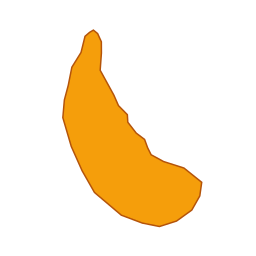 PiisEmwar, Federated States of Micronesia (Natural Earth projection), rotated 79°
{"feature_id": "79324940B93470645424245", "entity_name": "PiisEmwar", "entity_type": "district", "adm_level": 2, "iso_a3": "FSM", "parent_name": "Federated States of Micronesia", "parent_adm1": "", "projection": "natural_earth1", "projection_center": [152.701, 6.836], "detail": "fine", "context": "isolated", "style": "filled", "palette": "amber", "viewbox_px": 256, "rotation_deg": 79, "n_neighbors": 0, "source": "geoboundaries", "source_scale": "gbopen_adm2", "svg_char_len": 548}
<svg xmlns="http://www.w3.org/2000/svg" viewBox="0 0 256 256"><g transform="rotate(79 128 128)"><path d="M151.2,112.5L142.4,113.9L134.6,120.9L122.3,127.1L114.8,126.1L104.2,133.1L93.1,135.6L66.0,144.3L49.4,139.8L38.3,137.7L29.5,139.8L25.3,143.3L26.8,147.5L29.8,152.7L44.9,159.7L57.6,171.5L74.7,178.5L88.3,185.1L105.4,190.0L135.3,187.2L161.2,181.2L184.9,173.2L212.3,151.2L224.1,132.0L230.7,115.9L228.6,98.1L220.7,81.0L208.4,70.5L195.4,66.0L178.0,80.7L167.7,99.5L158.7,110.4L151.2,112.5Z" fill="#f59e0b" stroke="#b45309" stroke-width="1.5"/></g></svg>